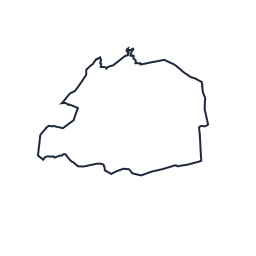 the district of Silajāņu pag., Riebinu, Latvia, rotated 139°
{"feature_id": "27541924B19288129652023", "entity_name": "Silajāņu pag.", "entity_type": "district", "adm_level": 2, "iso_a3": "LVA", "parent_name": "Latvia", "parent_adm1": "Riebinu", "projection": "natural_earth1", "projection_center": [26.904, 56.358], "detail": "fine", "context": "isolated", "style": "outline", "palette": "slate", "viewbox_px": 256, "rotation_deg": 139, "n_neighbors": 0, "source": "geoboundaries", "source_scale": "gbopen_adm2", "svg_char_len": 5394}
<svg xmlns="http://www.w3.org/2000/svg" viewBox="0 0 256 256"><g transform="rotate(139 128 128)"><path d="M107.8,61.6L107.7,61.6L105.7,60.6L100.7,58.1L99.2,57.4L97.4,56.5L96.2,56.0L94.4,55.2L93.8,55.8L92.7,57.1L91.2,59.2L86.6,65.1L83.8,68.6L82.8,69.9L79.3,74.5L79.3,74.4L77.5,76.7L76.8,77.9L76.2,78.7L75.3,80.0L74.1,81.7L72.9,81.9L71.0,81.3L70.2,80.2L69.5,79.3L68.4,78.7L67.9,78.5L67.1,78.3L65.4,78.0L64.9,78.9L63.0,82.2L62.8,82.6L62.3,83.7L61.7,84.7L61.0,85.9L60.5,86.9L59.3,89.0L58.7,90.4L57.4,92.4L56.9,92.9L56.3,93.4L56.0,93.8L55.3,94.6L54.8,95.2L54.2,95.8L52.6,97.5L50.7,99.3L50.2,100.0L49.9,100.3L49.8,100.9L49.1,102.9L48.5,104.6L47.8,106.2L47.4,106.7L45.6,109.6L45.0,110.0L44.8,110.4L44.8,110.5L44.7,110.5L43.6,111.8L43.4,112.0L43.4,112.5L42.1,114.5L43.0,116.4L43.8,118.5L44.1,119.4L44.7,121.0L45.4,122.3L46.5,124.0L47.3,125.5L47.8,127.3L47.8,127.6L49.2,132.5L49.8,135.6L49.9,137.5L50.7,141.8L50.9,143.3L51.5,145.8L52.2,147.3L52.5,148.0L53.5,150.1L55.2,153.9L55.5,154.8L55.7,155.5L57.8,156.7L58.6,157.1L60.6,158.4L62.1,159.2L63.8,160.2L64.5,160.6L65.8,161.4L67.4,162.3L69.5,163.5L70.1,163.8L72.1,164.9L72.7,165.3L73.3,165.6L75.0,166.6L75.3,166.8L75.8,167.2L76.5,167.4L76.6,167.5L76.3,167.6L76.1,167.9L76.1,168.1L76.2,168.7L76.3,169.0L76.6,169.2L77.0,169.5L77.6,169.8L77.9,170.0L78.0,170.1L78.2,170.4L78.3,170.8L78.8,171.3L79.2,171.5L79.9,171.9L79.9,172.0L78.2,173.4L78.0,173.8L77.9,173.9L77.9,174.2L78.0,175.1L78.3,176.9L78.2,177.0L78.3,177.1L78.2,177.3L78.0,177.5L77.8,177.6L77.5,177.8L77.2,178.0L76.7,178.3L76.5,178.5L76.4,178.6L76.5,179.0L77.0,179.4L77.0,179.5L77.1,179.8L77.3,180.1L77.5,180.1L78.1,180.3L78.3,180.4L78.5,180.4L78.6,180.5L78.6,180.9L78.5,181.1L78.4,181.3L78.0,181.7L77.6,181.9L76.7,182.5L76.4,182.7L76.0,182.9L75.7,183.1L75.4,183.3L75.0,183.4L74.6,183.4L74.2,183.5L73.9,183.5L73.3,183.6L73.0,183.7L72.8,183.8L72.6,183.9L72.4,184.0L72.2,184.2L72.2,184.3L72.2,184.5L72.3,184.8L72.5,184.8L72.9,184.9L73.2,184.8L73.6,184.8L74.0,184.8L74.3,184.9L74.8,185.1L75.2,185.4L75.5,185.7L75.8,185.9L76.1,186.3L76.4,186.7L76.5,186.7L76.6,186.9L76.7,187.0L76.8,187.2L76.9,187.4L76.8,187.5L76.6,187.7L76.3,187.8L76.2,187.9L76.0,188.0L76.7,188.1L77.0,188.1L77.5,187.8L78.2,187.6L78.3,187.4L78.5,187.0L78.6,186.6L78.6,186.2L78.3,186.0L78.0,185.9L77.8,185.7L77.7,185.6L77.6,185.1L77.7,184.9L77.9,184.6L78.1,184.5L78.6,184.3L79.2,184.1L79.3,184.1L79.6,184.0L79.7,183.7L79.8,183.5L79.9,183.2L80.0,183.1L80.3,183.0L80.5,183.0L80.9,183.2L81.1,183.3L81.3,183.4L81.4,183.6L81.6,183.7L82.0,183.9L82.2,184.0L82.3,184.0L82.6,184.1L82.8,184.1L83.2,184.3L84.1,184.3L86.1,184.5L90.2,184.6L91.7,184.7L93.0,184.8L93.9,184.8L94.3,184.9L98.2,185.0L100.0,186.0L103.1,187.2L103.3,187.2L105.2,187.1L105.1,187.3L105.1,188.4L105.3,188.9L106.7,190.2L107.3,190.9L108.5,191.9L107.9,192.5L107.1,193.3L106.2,193.9L106.3,195.3L106.2,195.4L106.2,195.5L104.0,196.8L103.5,197.2L103.3,197.7L103.7,199.0L103.0,199.4L102.8,199.6L103.5,199.9L104.9,200.1L105.5,200.2L105.8,200.2L106.0,200.2L106.1,200.4L106.2,200.5L106.3,200.6L106.5,200.8L111.5,199.7L112.0,199.5L112.8,199.3L114.5,199.6L116.0,199.6L117.4,199.5L121.3,199.3L123.2,197.2L124.8,195.5L126.6,195.0L127.1,194.9L129.5,194.2L132.0,193.5L137.9,192.0L139.8,191.6L143.6,190.7L148.3,192.0L149.6,192.1L153.3,191.5L154.4,191.3L158.3,190.6L161.2,190.1L161.6,190.1L160.9,189.6L159.8,188.8L159.2,188.3L159.0,188.1L158.8,187.8L158.6,187.2L157.8,185.4L157.8,185.1L157.9,184.6L157.7,184.4L157.4,184.2L156.9,184.1L156.7,183.9L155.1,180.9L154.8,180.2L154.5,179.6L153.9,178.6L153.6,177.9L153.4,176.9L153.3,176.6L153.2,176.3L152.8,175.9L153.8,175.3L158.6,172.7L159.4,172.2L161.2,171.2L164.0,169.5L164.5,169.6L166.2,169.7L168.5,169.9L170.5,170.1L170.8,170.1L174.5,170.4L177.3,170.6L178.6,172.4L179.6,173.9L180.7,175.3L181.9,177.0L183.0,178.5L184.1,178.9L184.8,179.6L184.9,179.9L185.8,181.0L186.3,181.6L189.4,181.9L189.6,181.6L190.1,181.6L193.6,181.1L195.4,180.9L199.0,180.1L200.3,178.9L202.2,177.0L202.5,176.8L203.7,175.7L205.8,173.8L206.1,173.5L208.3,171.6L210.2,169.8L211.4,168.7L213.9,166.5L213.7,164.7L213.8,164.6L213.7,164.5L213.4,163.1L212.9,160.1L212.8,159.7L211.7,160.0L211.2,160.0L210.8,160.3L210.6,160.3L210.0,160.4L209.9,160.4L209.7,160.3L209.2,160.1L207.3,159.4L206.9,159.0L205.4,157.4L204.6,156.6L203.3,156.0L203.1,155.8L203.0,154.9L203.1,154.4L203.0,154.2L202.5,153.7L202.4,153.6L200.6,153.1L198.5,152.1L197.2,151.7L196.9,151.5L195.9,150.5L195.2,150.6L194.4,150.6L194.0,150.6L193.9,150.6L193.5,150.2L193.4,150.1L192.4,149.3L192.6,146.1L192.7,144.6L192.8,141.8L192.7,141.3L192.6,140.6L192.5,139.5L191.8,138.2L191.5,135.8L191.5,135.5L191.3,134.6L191.1,133.9L191.0,133.6L191.1,133.2L191.1,132.8L190.9,131.9L188.8,130.0L186.9,128.2L182.2,125.5L180.3,124.5L179.0,123.7L178.6,123.4L176.0,122.2L172.6,119.6L171.2,117.7L170.5,116.4L170.6,116.0L170.8,115.5L171.2,115.0L171.7,113.3L173.0,111.6L173.2,111.0L172.5,109.0L172.4,108.7L172.2,108.1L172.0,107.8L171.7,107.0L171.0,105.0L170.8,104.3L170.7,104.3L170.1,104.2L169.9,104.2L169.4,104.0L167.7,103.6L166.7,103.3L166.1,103.1L164.9,102.8L164.6,102.7L162.7,102.0L158.1,100.2L157.5,99.5L156.2,98.1L155.1,97.0L154.3,96.2L154.2,96.0L154.2,95.9L154.2,95.4L154.3,94.7L154.3,93.9L154.5,91.0L149.3,83.7L143.9,81.5L143.6,81.5L140.8,80.4L139.6,79.9L136.6,78.5L133.0,76.4L128.5,74.1L126.5,73.2L126.3,73.1L121.6,71.0L117.3,69.1L117.1,69.1L116.0,67.7L115.8,66.6L111.5,64.1L107.8,61.6Z" fill="none" stroke="#1e293b" stroke-width="2"/></g></svg>